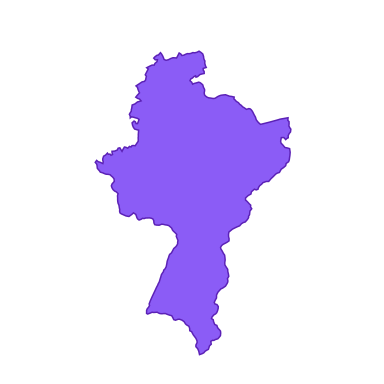 the district of Bela Vista de Goiás, Goiás, Brazil, rotated 43°
{"feature_id": "56859067B69163020659115", "entity_name": "Bela Vista de Goiás", "entity_type": "district", "adm_level": 2, "iso_a3": "BRA", "parent_name": "Brazil", "parent_adm1": "Goiás", "projection": "natural_earth1", "projection_center": [-48.916, -16.973], "detail": "fine", "context": "isolated", "style": "filled", "palette": "violet", "viewbox_px": 384, "rotation_deg": 43, "n_neighbors": 0, "source": "geoboundaries", "source_scale": "gbopen_adm2", "svg_char_len": 5751}
<svg xmlns="http://www.w3.org/2000/svg" viewBox="0 0 384 384"><g transform="rotate(43 192 192)"><path d="M80.4,145.5L78.7,152.6L80.8,152.7L82.4,153.7L84.2,154.6L86.0,155.3L86.0,158.4L86.2,161.0L88.5,160.6L90.2,159.8L92.6,160.1L91.8,161.6L90.7,163.3L90.2,166.5L88.9,169.2L90.7,171.7L91.5,173.2L92.5,174.4L92.7,175.9L93.2,177.9L95.0,178.6L96.3,179.9L96.5,178.3L98.4,177.1L100.1,176.3L101.7,175.4L103.7,175.0L104.6,176.9L105.5,179.1L104.5,180.1L102.8,179.3L101.2,179.6L101.0,182.3L103.1,183.8L105.1,184.7L107.1,185.1L109.3,184.0L110.8,183.2L112.5,185.3L113.5,186.6L114.7,187.8L115.6,189.0L117.1,190.5L118.1,191.7L118.3,193.4L118.9,196.9L117.5,197.9L116.5,199.0L116.7,200.6L115.2,201.3L115.1,203.8L113.1,204.4L111.9,205.2L112.3,207.2L113.1,210.0L111.2,209.5L109.1,208.9L108.1,210.3L108.7,212.3L107.5,214.9L105.7,216.8L106.8,217.8L108.3,218.8L107.7,220.4L106.2,220.2L105.0,221.5L103.6,221.2L103.6,224.0L102.9,226.1L104.1,228.6L105.0,229.6L106.4,230.4L107.4,232.0L104.5,232.9L102.8,233.8L100.7,233.9L101.0,236.3L103.2,236.6L104.4,237.3L106.5,239.2L108.3,239.5L109.7,239.6L111.4,240.0L113.6,238.9L115.4,238.3L117.0,237.6L118.7,236.2L120.4,235.2L121.8,235.3L123.7,235.2L125.9,235.5L127.9,237.2L128.0,238.9L128.0,240.5L128.8,242.5L130.6,243.5L132.6,244.1L134.7,244.1L136.6,243.5L139.0,243.6L140.1,245.6L141.7,247.1L142.9,248.4L144.3,249.7L145.7,250.7L147.6,251.5L149.6,253.1L151.2,254.2L152.1,255.4L153.6,256.4L155.2,256.2L156.6,255.7L158.1,255.2L160.1,254.5L162.6,252.9L163.3,249.3L163.4,247.2L166.1,246.7L167.9,247.6L169.1,248.3L170.6,248.8L172.4,248.6L173.3,246.9L173.8,245.0L175.1,244.1L175.8,242.7L177.2,241.3L178.7,239.8L180.2,238.9L181.7,238.4L183.5,239.0L185.3,240.6L187.0,241.3L188.6,240.4L190.7,238.6L191.8,236.2L193.3,235.1L194.8,234.3L196.2,233.3L197.9,232.4L200.1,232.3L201.7,232.3L203.6,233.1L204.9,233.3L206.8,233.3L209.7,233.4L210.8,235.2L212.8,236.1L214.8,237.0L215.8,238.6L216.8,239.6L217.3,241.4L217.5,242.9L217.2,245.8L217.9,248.2L218.5,250.6L218.2,252.9L218.8,254.5L219.7,256.3L220.4,258.1L221.1,259.6L222.4,261.5L223.2,262.8L224.1,264.3L224.7,266.6L224.6,268.4L225.4,269.7L225.7,271.7L226.0,273.3L227.0,275.2L227.8,276.9L228.7,278.7L229.5,280.4L229.8,281.9L230.5,283.7L231.0,285.7L232.1,289.0L232.8,291.2L233.8,294.3L234.4,296.2L235.0,297.9L235.8,300.2L237.0,303.1L238.3,303.9L238.8,305.7L238.9,307.9L239.5,309.5L240.5,310.6L241.6,311.8L242.8,311.5L244.1,308.9L244.8,307.2L246.2,306.2L248.5,303.7L250.4,303.2L251.6,302.7L253.1,301.5L254.1,300.3L255.5,299.0L257.2,298.4L259.5,297.4L261.5,296.3L263.7,297.0L265.7,297.8L267.4,297.0L268.6,294.6L269.6,293.6L271.9,292.6L274.6,292.2L277.2,292.9L278.6,292.9L281.3,292.3L283.2,293.3L285.0,295.0L286.9,294.4L288.3,294.9L290.4,295.6L293.2,296.1L294.8,296.4L297.1,297.4L298.4,298.6L299.2,301.2L300.4,302.5L303.0,302.7L305.5,303.8L308.4,305.8L309.7,303.3L310.3,301.6L310.2,299.4L310.7,297.6L311.3,295.9L309.7,292.5L309.9,290.2L307.6,288.4L308.1,286.6L309.2,285.6L309.7,284.0L311.0,281.8L311.0,280.1L310.8,277.7L309.2,275.6L307.7,274.3L305.7,274.0L304.3,274.0L302.5,273.4L301.2,272.6L299.0,273.4L296.2,272.1L294.6,270.9L292.6,271.3L291.9,269.7L291.8,266.9L292.4,265.0L292.4,263.4L291.7,261.5L290.6,259.4L289.3,257.8L287.0,257.3L285.2,258.2L283.6,257.6L282.8,255.4L282.2,252.8L280.2,250.6L279.3,247.6L279.2,243.3L280.0,241.2L280.7,238.0L280.1,235.0L279.5,233.3L278.5,232.2L277.0,231.2L276.4,228.6L274.5,227.1L272.5,225.8L270.8,224.2L268.3,223.6L265.8,222.9L264.2,221.4L262.6,219.1L260.7,217.4L258.9,215.9L256.9,215.5L254.4,214.6L251.8,213.9L250.6,213.0L250.2,211.0L250.4,209.2L251.3,206.7L251.9,204.9L252.4,202.5L250.9,200.8L249.3,199.8L247.7,198.2L246.3,196.2L246.9,191.6L247.9,188.9L248.8,186.6L249.9,184.3L249.8,181.4L250.4,179.3L251.4,177.6L251.3,174.3L250.9,172.2L249.9,171.2L249.6,169.4L247.4,166.5L247.1,163.5L245.0,163.0L243.9,161.6L242.1,161.6L240.1,161.4L238.4,161.3L236.7,161.4L235.2,159.8L235.5,156.2L236.5,153.3L235.3,151.3L235.5,149.4L235.7,147.4L237.5,146.7L238.4,145.0L237.6,143.4L237.2,141.2L237.6,138.8L237.5,136.8L239.1,133.7L240.9,132.0L240.7,128.4L240.9,125.7L241.0,121.8L241.5,120.0L242.6,118.1L241.7,114.5L242.3,111.8L242.6,108.9L241.4,106.9L242.0,104.0L241.3,102.3L238.6,98.4L236.7,96.0L233.8,93.7L231.8,94.7L229.5,96.1L226.8,95.7L223.7,95.5L222.2,94.4L220.2,91.3L222.1,89.5L224.8,89.8L224.9,88.1L225.4,86.7L223.9,85.2L223.2,83.0L223.1,80.9L221.4,78.6L219.7,78.3L217.8,77.6L216.4,75.8L214.9,74.3L213.3,74.3L211.6,72.2L206.7,78.7L205.7,80.5L200.9,88.3L196.0,95.8L193.2,95.9L191.0,95.6L189.6,95.3L187.4,94.0L184.6,93.1L182.8,92.4L181.1,91.8L179.3,91.5L178.0,91.5L176.7,92.2L175.5,94.4L172.6,94.8L170.8,95.2L169.0,95.0L167.1,95.3L165.0,95.0L162.7,95.5L160.7,95.3L159.1,95.3L158.1,93.8L155.8,95.1L154.2,96.3L150.2,98.0L148.6,99.8L147.2,101.5L146.3,103.2L145.6,105.1L145.0,107.7L143.7,109.2L141.7,110.5L139.9,111.8L138.2,112.4L136.3,112.6L134.9,112.4L133.3,111.2L132.2,109.4L131.2,108.4L129.0,107.6L126.8,106.3L125.0,106.3L123.3,106.5L122.0,107.1L120.8,109.2L119.5,111.2L118.9,112.7L116.9,111.9L114.6,112.0L114.0,110.1L114.6,108.3L114.7,106.2L115.4,104.6L116.6,105.3L117.4,103.8L117.7,100.7L118.7,99.0L120.1,97.0L118.6,95.5L117.1,95.2L115.9,94.0L117.5,91.2L115.7,90.5L113.5,89.1L112.1,87.4L110.8,87.0L109.4,86.2L107.9,84.9L105.7,83.7L103.4,83.8L101.1,84.2L100.4,86.3L99.1,88.3L97.5,89.5L96.7,91.3L95.7,92.7L94.2,94.0L93.4,95.6L92.7,97.5L91.5,99.1L89.7,98.7L87.8,99.1L88.6,101.8L89.3,104.5L87.8,105.7L86.5,106.8L85.4,108.9L84.5,111.4L83.2,113.4L81.2,114.1L79.2,113.1L77.5,112.4L75.5,111.8L73.9,111.6L74.0,114.6L73.1,116.0L72.7,118.2L72.7,120.2L75.0,120.4L76.5,118.8L77.5,120.5L77.2,123.2L77.8,124.9L76.2,126.5L75.3,128.7L74.1,132.0L76.1,131.9L77.0,135.1L77.9,138.2L79.7,138.5L80.7,140.2L81.6,141.6L81.8,143.5L80.4,145.5Z" fill="#8b5cf6" stroke="#5b21b6" stroke-width="1.5"/></g></svg>